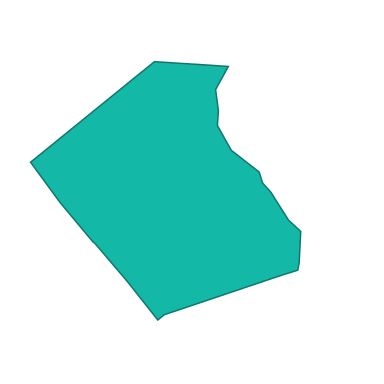 outline of Cooper, Missouri, United States of America, rotated 49°
{"feature_id": "52423323B25598587831507", "entity_name": "Cooper", "entity_type": "district", "adm_level": 2, "iso_a3": "USA", "parent_name": "United States of America", "parent_adm1": "Missouri", "projection": "natural_earth1", "projection_center": [-92.772, 38.872], "detail": "fine", "context": "isolated", "style": "filled", "palette": "teal", "viewbox_px": 384, "rotation_deg": 49, "n_neighbors": 0, "source": "geoboundaries", "source_scale": "gbopen_adm2", "svg_char_len": 453}
<svg xmlns="http://www.w3.org/2000/svg" viewBox="0 0 384 384"><g transform="rotate(49 192 192)"><path d="M63.6,294.3L113.7,298.5L164.3,299.5L166.9,299.0L216.1,299.5L266.2,301.8L266.3,297.3L266.4,293.5L313.7,178.7L320.4,163.5L315.7,157.5L293.1,135.8L276.6,137.6L243.9,132.6L231.4,132.8L221.1,128.2L186.3,135.0L158.5,129.2L147.8,118.6L130.2,107.0L121.1,82.2L69.0,134.8L68.1,160.0L63.6,294.3Z" fill="#14b8a6" stroke="#0f766e" stroke-width="1.5"/></g></svg>